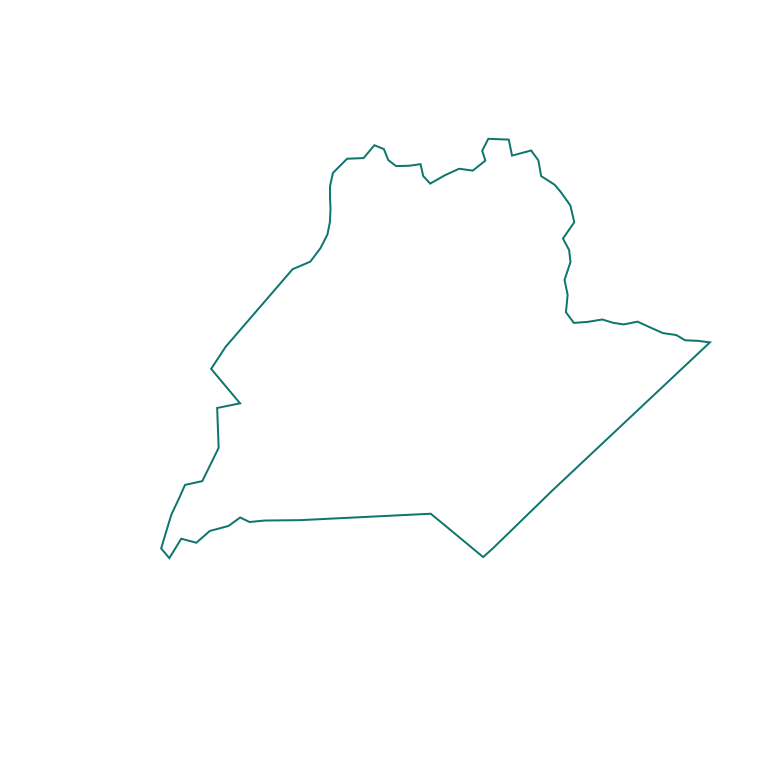 the district of Peritiba, Santa Catarina, Brazil, rotated 50°
{"feature_id": "56859067B55154710443885", "entity_name": "Peritiba", "entity_type": "district", "adm_level": 2, "iso_a3": "BRA", "parent_name": "Brazil", "parent_adm1": "Santa Catarina", "projection": "equal_earth", "projection_center": [-51.887, -27.362], "detail": "fine", "context": "isolated", "style": "outline", "palette": "teal", "viewbox_px": 768, "rotation_deg": 50, "n_neighbors": 0, "source": "geoboundaries", "source_scale": "gbopen_adm2", "svg_char_len": 1101}
<svg xmlns="http://www.w3.org/2000/svg" viewBox="0 0 768 768"><g transform="rotate(50 384 384)"><path d="M366.7,660.4L379.4,660.4L372.2,638.8L385.0,629.8L384.6,611.9L392.8,594.3L393.8,580.0L403.3,575.7L411.7,563.4L434.6,535.5L513.4,431.6L524.5,429.5L580.3,419.3L579.9,406.3L573.8,323.7L561.6,107.6L552.9,115.6L544.1,125.2L534.3,128.7L524.2,137.7L510.4,144.4L499.2,149.7L492.5,162.0L484.7,168.9L474.9,175.3L467.3,188.1L459.2,199.3L446.0,198.5L433.7,186.0L420.3,178.8L410.5,162.8L400.4,156.1L387.6,153.4L382.4,134.3L367.1,126.5L351.1,125.2L341.0,125.2L325.8,130.0L311.9,122.0L299.7,121.2L291.3,139.1L277.0,131.3L263.2,146.5L268.4,158.8L278.0,162.8L277.6,178.8L267.4,188.1L263.2,203.3L260.2,219.8L249.9,220.3L239.1,214.7L233.1,224.3L224.8,234.7L215.2,236.8L204.0,233.1L194.9,237.9L197.8,254.4L187.7,267.5L189.5,287.5L197.7,298.1L206.6,305.6L215.6,312.5L225.4,321.6L233.1,331.2L239.1,345.3L242.9,361.8L237.3,380.2L253.7,481.4L261.3,506.7L289.4,506.7L306.3,506.7L295.1,527.2L326.6,551.7L341.6,585.6L333.4,601.3L339.0,612.7L347.5,631.1L366.7,660.4Z" fill="none" stroke="#0f766e" stroke-width="2"/></g></svg>